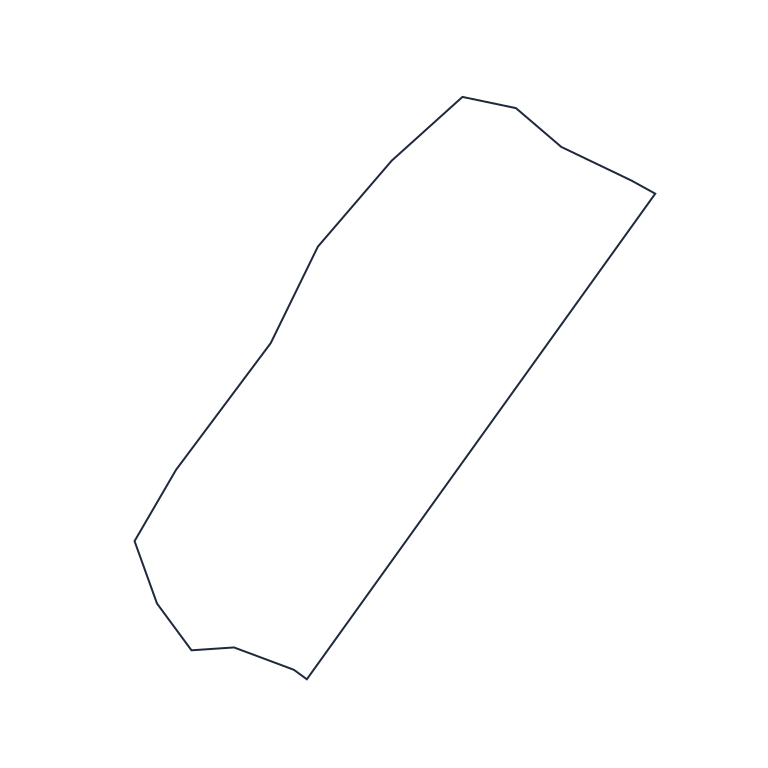 map outline of Dundee (Mercator projection), rotated 314°
{"feature_id": "GBR-2020", "entity_name": "Dundee", "entity_type": "Unitary District (city)", "adm_level": 1, "iso_a3": "GBR", "parent_name": "United Kingdom", "parent_adm1": "", "projection": "mercator", "projection_center": [-2.949, 56.485], "detail": "fine", "context": "isolated", "style": "outline", "palette": "slate", "viewbox_px": 768, "rotation_deg": 314, "n_neighbors": 0, "source": "natural_earth", "source_scale": "10m", "svg_char_len": 354}
<svg xmlns="http://www.w3.org/2000/svg" viewBox="0 0 768 768"><g transform="rotate(314 384 384)"><path d="M709.3,446.9L118.0,533.6L115.8,517.7L90.3,459.1L58.7,430.5L68.4,373.2L97.7,313.7L177.9,294.0L334.8,274.1L436.9,241.0L550.1,234.4L645.0,241.0L674.1,287.3L677.7,346.9L702.3,420.9L709.3,446.9Z" fill="none" stroke="#1e293b" stroke-width="2"/></g></svg>